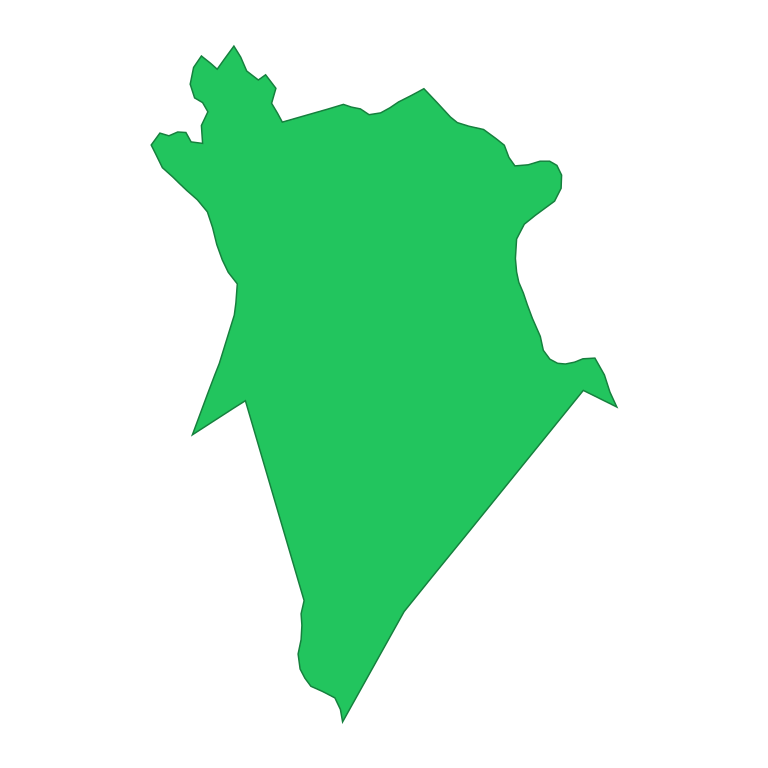 Acajutiba, Bahia, Brazil
{"feature_id": "56859067B79401477876310", "entity_name": "Acajutiba", "entity_type": "district", "adm_level": 2, "iso_a3": "BRA", "parent_name": "Brazil", "parent_adm1": "Bahia", "projection": "equal_earth", "projection_center": [-38.007, -11.675], "detail": "fine", "context": "isolated", "style": "filled", "palette": "green", "viewbox_px": 768, "rotation_deg": 0, "n_neighbors": 0, "source": "geoboundaries", "source_scale": "gbopen_adm2", "svg_char_len": 1436}
<svg xmlns="http://www.w3.org/2000/svg" viewBox="0 0 768 768"><path d="M423.9,88.7L410.1,96.1L398.6,101.9L389.9,107.8L380.6,112.9L369.1,114.7L360.4,108.9L351.4,107.1L343.4,104.4L327.1,109.3L282.3,122.1L277.6,113.4L271.6,103.3L275.9,88.3L265.6,74.8L258.3,80.0L246.7,71.0L240.7,57.1L233.9,46.1L224.1,59.5L217.2,69.2L210.7,63.4L201.4,56.0L193.6,67.4L190.2,84.2L194.6,97.9L202.6,102.6L207.9,111.8L201.4,125.5L202.6,143.4L191.1,141.9L185.9,132.5L177.7,132.0L168.9,135.8L159.9,133.1L151.2,145.0L155.6,153.8L162.4,167.7L172.7,176.9L179.1,183.2L186.9,190.6L197.4,199.8L207.4,211.9L212.6,227.6L216.8,244.6L222.3,259.9L228.3,272.4L237.3,283.9L235.9,302.9L234.3,315.1L230.9,326.0L219.3,363.5L214.6,375.4L207.8,393.3L192.4,434.8L232.6,408.8L245.4,400.7L304.1,600.6L301.1,613.8L301.9,625.3L301.1,639.6L298.1,654.0L300.1,669.0L304.9,678.2L310.9,686.3L322.4,691.4L334.9,697.9L340.4,709.4L342.6,721.9L404.1,611.6L431.6,577.5L465.8,535.5L583.3,390.4L616.8,407.0L609.9,392.0L604.4,374.9L594.9,358.1L582.9,358.8L574.4,362.2L565.4,364.0L557.6,363.3L549.9,359.2L543.3,350.3L540.3,336.4L532.4,318.4L527.3,304.7L523.4,293.1L518.8,282.3L516.6,272.0L515.4,258.5L516.6,239.0L524.3,224.2L535.1,215.5L554.6,201.1L561.1,188.3L561.6,175.1L556.9,165.4L549.6,161.2L540.1,161.2L528.1,164.8L514.9,165.9L508.9,157.4L504.3,145.2L495.6,138.3L483.6,129.5L468.8,126.2L457.3,122.6L450.4,117.0L437.1,102.6L423.9,88.7Z" fill="#22c55e" stroke="#15803d" stroke-width="1.5"/></svg>